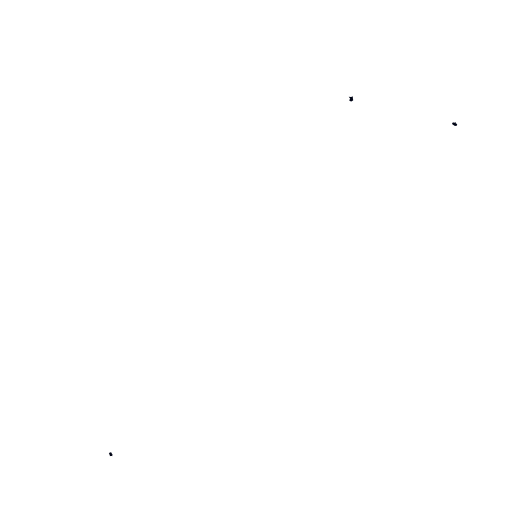 Danau, Sumatera Selatan, Indonesia (orthographic projection), rotated 141°
{"feature_id": "22746128B15758871990616", "entity_name": "Danau", "entity_type": "district", "adm_level": 2, "iso_a3": "IDN", "parent_name": "Indonesia", "parent_adm1": "Sumatera Selatan", "projection": "orthographic", "projection_center": [123.757, -1.837], "detail": "fine", "context": "isolated", "style": "filled", "palette": "ink", "viewbox_px": 512, "rotation_deg": 141, "n_neighbors": 0, "source": "geoboundaries", "source_scale": "gbopen_adm2", "svg_char_len": 1747}
<svg xmlns="http://www.w3.org/2000/svg" viewBox="0 0 512 512"><g transform="rotate(141 256 256)"><path d="M83.5,318.3L83.3,318.1L83.5,317.9L83.8,317.8L84.0,317.8L84.1,317.7L84.1,317.8L84.4,318.0L84.5,317.9L84.8,317.7L84.7,317.5L84.6,317.4L84.5,317.2L84.4,317.2L84.2,317.2L84.1,316.9L83.9,316.8L83.5,316.8L83.5,316.7L83.4,316.7L83.1,316.6L82.9,316.6L82.8,316.8L82.8,317.0L82.7,317.0L82.6,317.3L82.4,317.5L82.2,317.9L82.1,318.0L82.0,318.3L81.9,318.4L82.0,318.4L82.0,318.5L81.9,318.5L81.7,318.8L81.9,318.9L82.3,318.9L82.4,319.0L82.5,319.1L82.7,319.3L82.8,319.4L82.9,319.5L83.0,319.6L83.0,319.4L83.1,319.2L83.0,318.9L82.9,318.8L82.9,318.7L83.0,318.6L83.2,318.4L83.3,318.4L83.5,318.3L83.5,318.3ZM19.3,233.5L19.2,233.1L19.2,232.9L19.1,232.7L18.9,232.5L18.9,232.4L18.7,232.2L18.4,232.0L18.2,232.1L18.1,231.9L17.9,231.8L17.7,231.9L17.7,232.0L17.6,232.3L17.7,232.5L17.8,232.7L17.8,232.9L17.8,233.0L18.0,233.2L18.0,233.3L18.1,233.5L18.3,233.7L18.2,233.8L18.3,233.8L18.4,234.0L18.5,234.1L18.7,234.3L18.7,234.5L18.8,234.5L18.9,234.4L19.0,234.5L19.0,234.8L19.1,235.0L19.4,235.1L19.5,235.1L19.7,234.9L19.7,234.7L19.6,234.3L19.5,234.0L19.4,233.7L19.3,233.5ZM494.1,192.5L494.0,192.4L494.0,192.5L493.9,192.5L493.8,192.8L493.7,192.8L493.8,192.9L493.7,193.0L493.8,193.0L493.7,193.0L493.8,193.0L493.7,193.1L493.7,193.3L493.6,193.2L493.5,193.3L493.4,193.4L493.2,193.4L493.1,193.5L492.9,193.8L492.9,194.0L493.0,194.1L493.3,194.3L493.4,194.5L493.4,194.4L493.4,194.5L493.5,194.5L493.4,194.5L493.5,194.5L493.8,194.5L493.8,194.4L493.8,194.2L493.9,193.9L494.0,193.8L494.0,193.7L493.9,193.7L494.0,193.7L493.9,193.7L494.0,193.6L494.1,193.4L494.3,193.3L494.3,193.2L494.4,192.9L494.4,192.7L494.1,192.5L494.1,192.5Z" fill="#0f172a" stroke="#020617" stroke-width="1.5"/></g></svg>